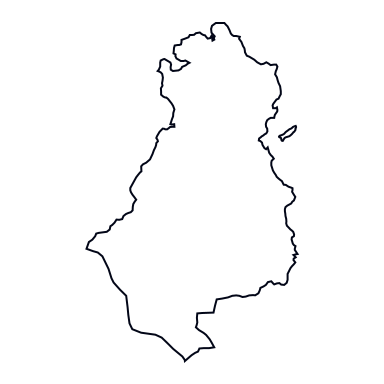 Pitas, Sabah, Malaysia (Robinson projection)
{"feature_id": "92858781B47215785880739", "entity_name": "Pitas", "entity_type": "district", "adm_level": 2, "iso_a3": "MYS", "parent_name": "Malaysia", "parent_adm1": "Sabah", "projection": "robinson", "projection_center": [117.152, 6.731], "detail": "fine", "context": "isolated", "style": "outline", "palette": "ink", "viewbox_px": 384, "rotation_deg": 0, "n_neighbors": 0, "source": "geoboundaries", "source_scale": "gbopen_adm2", "svg_char_len": 4614}
<svg xmlns="http://www.w3.org/2000/svg" viewBox="0 0 384 384"><path d="M184.9,361.0L191.6,355.2L195.2,352.8L198.0,351.6L199.4,348.5L204.0,348.1L209.3,348.1L214.2,347.3L211.8,342.9L209.7,339.3L206.1,334.9L203.6,332.9L199.0,330.1L195.9,327.3L196.6,325.3L197.3,322.5L196.9,317.8L197.3,313.4L202.2,313.0L213.5,312.6L215.0,305.8L216.7,299.4L222.0,298.6L228.0,297.4L232.3,295.8L236.2,295.4L239.3,295.8L242.5,297.0L245.7,296.6L249.2,295.4L253.0,295.1L255.2,295.3L258.4,293.3L259.7,290.5L260.4,287.9L263.6,286.4L265.9,284.9L267.9,282.1L271.3,281.3L273.1,283.4L274.2,284.4L276.9,283.4L279.4,283.1L281.2,284.6L284.2,284.9L286.7,282.8L287.6,279.8L287.6,273.9L290.5,268.1L291.9,266.3L293.9,264.2L295.3,262.4L293.5,260.1L293.7,258.6L295.7,257.3L294.6,256.1L293.5,255.0L295.9,254.3L297.5,254.0L294.8,249.9L294.8,248.7L295.5,246.1L293.9,245.1L292.8,243.6L292.3,241.8L291.6,239.5L291.9,237.4L293.9,236.2L294.1,234.4L293.2,231.8L291.6,230.3L290.5,229.5L286.9,225.7L286.2,223.4L286.4,221.4L286.2,218.8L285.5,216.0L285.3,213.7L284.9,211.2L284.9,209.1L285.5,207.1L287.3,205.6L289.4,204.5L291.2,203.5L292.3,201.7L293.9,200.5L295.3,196.9L294.1,195.1L292.1,191.8L292.5,190.0L292.5,188.2L291.4,187.7L288.5,186.7L287.3,185.9L285.8,184.9L283.7,184.7L281.9,181.1L280.1,179.8L278.3,178.3L276.7,176.8L275.8,175.0L274.2,172.7L272.9,170.4L271.3,165.3L271.3,162.5L271.7,160.7L273.8,158.7L272.4,156.6L270.8,155.1L269.2,152.8L267.7,147.4L266.1,149.2L264.5,148.2L262.5,144.9L262.0,142.6L260.4,141.1L258.8,140.5L259.1,138.5L261.1,137.0L261.5,136.5L263.4,135.4L264.5,134.4L266.3,133.4L267.4,131.4L267.2,128.6L266.1,126.8L265.8,124.2L266.3,122.2L267.2,120.2L268.8,118.9L270.6,117.9L274.2,117.9L274.4,116.6L274.9,114.8L277.2,111.5L277.4,110.0L276.9,107.4L275.8,108.2L273.1,108.2L272.6,105.4L273.3,103.8L276.5,99.5L278.5,98.7L279.6,96.4L280.8,94.2L280.8,91.1L280.1,86.2L278.5,82.9L277.6,80.1L276.9,77.3L275.1,74.3L275.8,71.2L276.7,69.2L277.4,66.6L276.2,64.6L274.0,64.6L270.6,65.1L268.6,63.6L266.3,62.3L263.6,63.8L260.9,64.3L257.2,62.3L254.3,59.7L252.3,58.5L249.3,56.7L246.8,55.7L245.0,52.3L244.8,50.3L244.4,48.3L243.0,46.0L241.4,41.9L239.1,38.8L239.8,36.8L236.2,36.0L233.7,36.0L232.1,35.0L230.8,33.5L229.6,30.4L227.6,26.4L226.0,24.8L224.4,23.0L218.6,23.0L215.8,23.0L212.0,25.8L211.1,28.9L211.5,32.7L212.9,34.3L214.7,36.3L213.8,38.1L214.3,39.6L212.5,40.6L212.2,38.8L212.7,37.1L211.5,35.8L210.2,38.1L207.7,38.6L206.1,36.8L205.0,35.3L203.4,35.0L201.6,34.0L199.8,32.5L195.9,33.2L194.1,34.8L191.9,35.0L189.8,35.0L188.5,37.3L184.6,38.8L181.5,39.9L181.5,42.2L181.0,44.4L179.2,45.0L177.8,45.0L174.7,45.5L174.0,48.0L173.8,50.8L173.5,53.4L175.6,54.4L175.4,56.2L176.5,58.5L178.3,59.5L180.8,61.0L183.7,61.0L185.3,60.5L189.4,62.8L187.8,63.6L185.8,65.3L182.1,66.9L181.0,68.9L178.5,70.4L172.9,71.0L170.8,69.7L170.6,67.1L171.1,64.6L170.4,62.5L164.5,59.0L163.4,59.2L160.7,60.5L160.2,62.5L160.2,66.6L158.8,69.7L157.7,71.0L159.5,71.7L160.9,72.5L162.2,74.0L162.9,77.6L162.5,80.9L162.0,83.2L162.5,85.7L160.9,88.3L161.1,91.6L161.1,94.7L163.4,96.7L165.2,97.5L166.3,97.5L168.1,99.0L169.9,101.3L171.5,103.3L173.1,105.9L174.4,109.4L173.3,113.0L173.1,116.3L172.0,119.1L170.4,124.2L171.7,124.5L174.2,124.2L174.4,126.8L172.2,126.8L170.1,127.0L168.8,128.1L167.2,129.3L165.2,129.3L164.3,128.8L162.7,128.6L159.5,131.9L157.0,136.2L156.3,138.0L157.5,139.8L157.9,141.3L156.3,143.1L156.1,145.1L155.4,147.2L153.9,150.2L152.5,154.1L150.0,159.4L146.2,162.7L143.0,164.3L141.2,166.3L141.4,171.4L140.1,172.4L138.2,174.7L136.2,177.3L130.3,188.0L130.3,190.3L131.0,192.3L132.4,194.6L134.4,197.2L136.2,199.7L134.8,201.5L133.3,204.0L132.8,206.8L132.6,210.4L130.8,212.2L128.3,213.0L126.0,214.0L123.5,216.0L122.2,219.1L119.2,219.8L116.5,219.6L114.5,222.7L112.2,225.0L110.4,226.2L109.7,229.5L106.8,231.8L98.6,232.9L96.2,233.6L95.2,236.2L92.3,239.7L88.9,242.0L86.5,248.8L93.2,251.2L97.8,252.5L102.4,256.3L108.5,268.8L111.5,278.3L113.6,282.5L120.1,289.8L126.2,295.8L127.6,307.3L128.3,314.8L129.5,323.4L132.3,329.2L141.1,332.7L155.4,334.7L161.7,337.6L167.7,343.4L173.2,348.9L182.4,356.5L184.8,360.0L184.9,361.0ZM282.8,140.9L283.9,139.0L284.8,137.8L285.8,137.3L287.8,136.7L289.4,136.2L290.8,135.1L291.8,134.2L293.0,132.8L293.5,132.1L294.2,131.8L295.5,129.8L295.4,128.8L295.8,128.1L296.1,127.1L296.0,126.5L295.7,125.9L294.2,126.4L292.9,127.0L292.0,127.9L291.5,128.3L290.6,128.8L289.7,129.1L288.8,129.7L288.1,130.3L287.4,130.8L285.9,131.9L285.0,132.8L284.4,133.6L283.9,134.0L283.1,134.5L282.3,134.8L281.5,135.2L280.7,135.4L279.6,135.8L279.0,136.6L279.1,137.0L279.6,137.4L280.4,137.6L280.9,137.9L281.2,138.6L281.4,139.9L281.7,140.5L282.2,140.9L282.8,140.9Z" fill="none" stroke="#020617" stroke-width="2"/></svg>